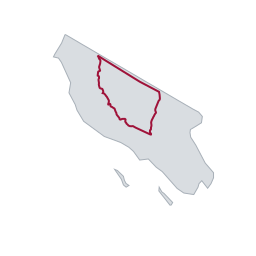 Cayo on a map of Belize (orthographic projection), rotated 118°
{"feature_id": "BLZ-1324", "entity_name": "Cayo", "entity_type": "District", "adm_level": 1, "iso_a3": "BLZ", "parent_name": "Belize", "parent_adm1": "", "projection": "orthographic", "projection_center": [-88.805, 16.941], "detail": "fine", "context": "in_parent", "style": "outline", "palette": "rose", "viewbox_px": 256, "rotation_deg": 118, "n_neighbors": 0, "source": "natural_earth", "source_scale": "10m", "svg_char_len": 2826}
<svg xmlns="http://www.w3.org/2000/svg" viewBox="0 0 256 256"><g transform="rotate(118 128 128)"><path d="M80.8,79.8L80.8,73.1L82.9,67.8L88.9,65.6L96.8,70.2L100.0,72.2L103.0,71.1L106.7,68.3L111.3,60.1L122.7,43.4L127.3,31.5L131.8,29.1L138.2,28.6L143.8,29.4L139.9,38.1L143.8,39.2L147.4,38.4L155.9,38.7L159.2,48.2L158.3,56.2L150.4,77.3L149.4,84.6L145.8,95.5L150.8,102.6L146.1,112.1L144.6,118.2L144.2,127.5L146.6,145.0L142.9,170.3L136.2,181.4L132.1,185.6L124.7,196.6L114.9,199.9L101.3,217.6L98.9,222.2L100.2,227.2L97.1,227.3L84.1,226.5L75.3,227.4L74.9,226.9L75.7,207.9L76.9,178.4L77.7,156.8L78.6,135.7L79.2,119.9L80.1,98.4L80.8,79.8ZM169.1,71.2L165.6,72.7L168.5,68.2L168.9,65.4L172.8,53.6L175.7,53.7L176.4,54.7L169.1,71.2ZM176.4,109.7L170.8,120.4L170.5,117.4L172.8,109.4L175.9,106.6L177.9,103.7L178.3,100.2L181.1,101.9L180.4,105.3L176.4,109.7Z" fill="#d9dde1" stroke="#a8b0b8" stroke-width="1"/><path d="M78.3,188.8L78.9,180.8L80.3,159.3L81.6,139.4L81.5,117.6L83.7,115.8L86.8,113.8L87.8,113.4L88.6,113.4L89.2,113.6L89.8,113.7L98.3,112.8L99.3,112.4L100.0,111.9L100.5,111.3L101.0,110.7L101.5,110.5L102.6,110.7L103.9,110.8L105.6,110.7L106.4,110.8L107.4,110.7L109.4,110.7L111.1,110.5L112.4,110.1L114.5,108.6L115.8,108.1L116.6,108.0L118.1,107.3L118.6,107.1L119.7,107.5L121.4,106.7L121.8,106.0L122.3,105.0L122.9,104.7L123.2,105.1L123.3,106.2L124.1,121.5L124.0,124.3L124.1,124.7L124.9,125.9L125.5,127.3L125.6,128.2L125.6,128.9L125.2,129.8L125.1,130.3L124.9,131.2L124.7,131.6L124.4,131.8L124.3,132.1L124.1,132.3L124.1,132.7L123.8,133.2L123.7,133.3L123.5,133.5L123.3,133.6L121.6,134.2L121.4,135.0L121.7,135.6L122.7,137.4L123.7,138.2L124.2,138.8L124.2,139.4L123.9,139.8L123.5,140.1L123.2,140.4L122.5,142.0L122.0,143.2L121.6,144.1L121.1,144.7L120.3,145.3L119.9,145.7L119.4,146.6L117.2,149.0L117.1,149.4L117.1,149.7L117.2,150.0L117.1,150.5L117.0,151.5L116.9,151.9L117.1,152.9L117.0,153.2L116.9,153.6L116.7,153.8L116.4,154.0L115.7,154.4L115.3,154.8L115.2,155.0L115.2,155.3L116.2,156.0L116.5,156.3L116.5,156.5L116.2,156.7L115.9,156.8L114.6,157.0L113.2,157.5L112.8,157.8L112.5,158.1L110.4,161.3L110.0,162.4L109.2,163.9L108.8,165.4L108.8,165.7L109.1,166.7L107.8,166.8L107.3,167.1L107.1,167.2L106.6,167.7L105.8,168.7L105.6,169.0L105.6,169.4L105.9,170.7L106.0,171.1L105.8,171.9L104.3,173.4L103.1,174.3L102.8,174.4L102.2,174.6L101.7,174.9L99.7,176.4L99.0,176.8L98.6,176.9L98.2,176.9L97.8,176.9L97.0,177.3L96.5,177.6L96.2,177.9L95.9,178.4L95.9,178.7L96.0,179.3L95.7,179.5L92.8,180.6L92.4,180.7L92.1,180.7L91.8,180.6L91.3,180.0L91.1,179.8L90.8,179.7L90.5,179.6L90.3,179.7L89.8,180.2L88.3,181.7L87.8,182.1L87.3,182.3L86.1,182.5L85.5,182.6L85.2,182.7L84.3,182.8L81.7,183.8L81.4,184.1L81.0,184.4L80.8,184.8L80.8,185.0L80.7,185.4L80.6,185.6L80.4,186.0L79.9,186.6L79.5,187.0L79.1,187.5L78.3,188.8Z" fill="none" stroke="#9f1239" stroke-width="2"/></g></svg>